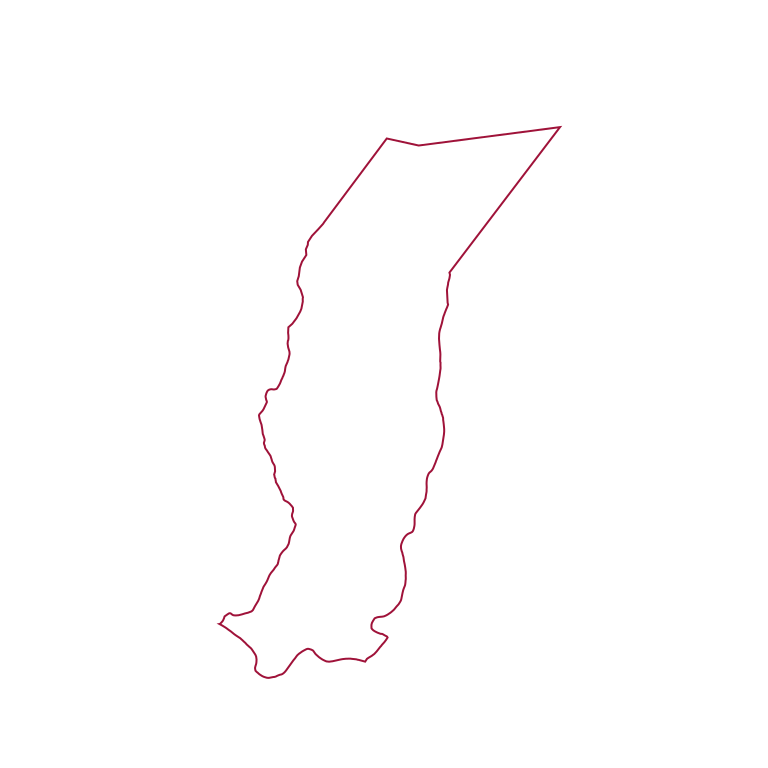 the district of Franciou, Soufrière, Saint Lucia, rotated 33°
{"feature_id": "8701671B52742071766833", "entity_name": "Franciou", "entity_type": "district", "adm_level": 2, "iso_a3": "LCA", "parent_name": "Saint Lucia", "parent_adm1": "Soufrière", "projection": "orthographic", "projection_center": [-61.054, 13.804], "detail": "fine", "context": "isolated", "style": "outline", "palette": "rose", "viewbox_px": 768, "rotation_deg": 33, "n_neighbors": 0, "source": "geoboundaries", "source_scale": "gbopen_adm2", "svg_char_len": 6164}
<svg xmlns="http://www.w3.org/2000/svg" viewBox="0 0 768 768"><g transform="rotate(33 384 384)"><path d="M252.6,176.6L245.7,280.8L245.7,282.8L244.6,289.8L242.9,299.0L242.9,306.3L244.3,308.8L245.1,313.6L248.6,318.1L248.6,326.0L250.0,332.1L253.8,340.0L255.2,345.0L257.6,347.8L262.8,350.4L268.8,355.4L269.4,356.8L271.0,359.1L273.7,365.8L274.3,368.9L274.8,376.5L274.3,383.5L272.9,388.5L275.7,393.3L277.5,395.5L279.0,397.7L279.8,399.3L279.9,400.2L281.2,402.7L283.7,405.5L287.1,408.4L288.3,410.0L288.7,410.8L289.0,411.6L290.5,415.6L290.8,417.2L291.1,418.1L291.8,422.5L292.5,424.3L294.0,427.5L294.5,429.2L294.8,430.9L295.1,431.8L295.1,432.6L295.6,435.1L295.6,436.0L296.2,438.8L296.5,440.3L296.7,443.6L296.7,444.6L296.7,446.2L296.3,447.0L295.8,447.5L295.0,448.3L294.3,448.8L292.7,449.5L291.9,450.1L291.3,450.7L290.8,451.3L290.3,452.3L290.1,453.1L290.1,454.0L290.4,455.9L290.9,457.5L291.2,458.5L291.7,459.3L293.0,460.6L293.8,461.4L295.2,462.4L295.7,463.2L296.7,470.7L296.7,472.6L296.0,477.2L296.2,478.3L297.3,479.6L298.0,480.3L298.6,481.0L301.4,483.3L303.0,484.5L303.6,485.0L307.1,488.9L309.2,491.5L309.9,492.2L310.7,492.7L313.4,494.9L314.1,495.5L314.6,496.3L315.4,498.9L316.0,499.5L316.6,500.1L317.4,500.5L318.6,501.8L319.3,502.4L320.0,502.8L321.7,503.4L324.1,504.5L326.6,505.5L328.1,506.2L329.5,507.4L330.9,508.5L331.6,509.2L333.1,510.3L333.9,510.7L336.2,511.8L337.0,512.4L337.6,513.0L338.2,513.8L338.7,514.5L340.2,516.5L341.2,519.8L341.8,520.3L343.0,521.6L343.7,522.2L344.5,522.5L345.1,523.3L346.3,524.5L346.8,525.2L350.9,527.2L355.7,530.0L356.4,530.6L357.9,531.7L361.0,533.6L361.6,534.2L362.1,534.9L362.7,535.5L363.6,535.7L364.5,535.8L367.1,535.5L368.0,535.5L369.8,535.7L371.6,536.2L373.4,536.7L375.1,537.4L375.6,538.2L376.7,539.7L377.1,540.5L377.8,543.2L378.2,543.9L378.6,544.8L379.2,545.4L382.5,547.9L383.9,548.7L385.7,549.3L386.4,549.8L386.8,550.7L387.2,552.4L387.4,553.3L387.7,554.2L388.1,555.9L388.2,556.7L388.2,561.6L388.3,562.6L388.8,564.3L390.5,568.3L391.1,570.0L391.4,573.0L391.5,573.8L391.3,575.4L390.6,578.0L390.3,579.5L390.1,582.0L390.1,584.0L390.2,584.9L390.5,585.7L391.4,588.5L391.6,589.3L392.3,590.9L392.5,591.8L392.9,592.5L393.0,593.9L392.8,595.5L392.7,596.4L392.6,597.3L392.6,599.8L392.1,604.0L392.1,606.4L392.3,608.1L392.5,609.0L393.1,612.3L393.3,614.0L393.4,616.2L393.4,619.6L394.5,625.3L394.9,626.7L395.4,629.3L396.2,632.0L396.6,634.5L396.8,640.7L397.2,644.9L397.0,645.9L396.7,646.9L395.0,649.2L394.5,649.9L392.4,652.1L390.5,654.4L388.0,657.1L385.8,658.8L384.2,659.7L383.4,660.0L382.5,660.1L380.6,659.9L379.7,660.1L379.0,660.7L378.2,662.4L377.5,664.2L376.9,665.7L377.1,666.6L377.4,667.5L377.8,670.1L377.7,671.5L377.2,674.4L376.7,674.9L379.3,674.7L382.9,674.6L384.7,674.6L387.4,674.8L390.2,674.9L394.7,675.4L397.2,675.5L402.0,675.5L403.6,675.8L404.5,675.9L407.0,676.4L407.8,676.5L408.9,676.7L410.6,677.2L413.8,677.7L414.7,677.9L415.5,677.9L416.3,678.1L417.1,678.3L419.5,679.3L423.6,681.1L424.3,681.6L425.2,682.2L427.1,684.4L428.4,686.6L428.8,687.4L429.2,688.3L429.9,690.8L430.2,691.6L430.5,692.4L431.1,693.1L431.9,694.0L432.5,694.5L434.4,694.9L435.3,694.9L436.1,695.1L437.8,695.3L440.6,695.3L442.4,695.1L444.3,694.6L445.9,694.1L447.5,693.2L450.8,690.0L451.4,689.6L452.6,688.3L453.0,687.5L453.9,686.1L455.0,684.6L456.1,683.5L456.6,682.8L457.0,681.9L457.3,681.1L457.7,679.4L457.9,677.6L458.5,665.0L458.8,662.5L458.9,660.0L459.0,659.1L459.1,658.2L459.4,657.4L459.6,656.5L460.0,655.6L461.0,653.0L461.8,651.4L463.2,648.9L463.7,648.2L464.3,647.6L465.0,647.2L465.9,646.9L467.6,646.4L469.3,646.2L470.0,646.3L473.5,647.7L474.4,647.9L478.2,648.5L480.7,648.6L482.5,648.6L485.1,648.3L486.8,648.0L488.4,647.2L489.2,646.8L490.6,645.6L491.9,644.5L497.8,638.5L499.2,637.2L501.9,635.0L504.9,633.0L505.7,632.5L506.6,632.1L510.5,630.1L511.3,629.8L512.1,629.6L512.9,629.2L519.4,627.1L519.4,623.8L519.7,623.0L520.6,621.0L521.1,620.1L521.9,618.4L522.2,617.5L522.9,615.7L523.5,612.3L524.0,606.7L524.3,605.0L524.3,604.1L524.9,600.4L525.1,597.6L525.1,594.7L524.2,594.2L523.4,594.2L521.7,594.4L519.1,594.5L518.3,594.7L517.6,595.2L516.7,595.5L513.9,596.1L511.0,596.4L509.1,596.4L507.3,596.0L506.5,595.6L505.0,593.4L504.6,592.7L504.3,591.8L504.0,590.9L503.8,588.5L503.8,585.6L504.3,584.8L505.4,583.3L506.7,582.1L508.3,580.8L509.0,580.3L510.5,578.9L511.6,577.3L512.6,575.5L514.0,572.2L514.3,571.3L514.8,569.6L515.3,567.7L515.7,563.8L516.0,562.0L516.2,560.9L516.2,558.4L516.1,556.7L515.9,555.7L515.6,554.8L513.4,549.3L512.4,546.5L511.9,544.5L511.4,541.9L511.1,540.9L510.3,539.2L509.0,536.8L508.5,535.7L507.0,533.5L506.5,532.8L505.5,531.1L504.5,529.6L501.7,526.3L499.5,523.9L497.1,521.5L495.8,520.0L495.2,519.3L494.5,518.5L492.5,516.8L491.0,515.3L490.1,514.7L489.4,514.1L488.0,512.8L486.9,511.3L486.4,510.5L485.7,508.7L485.0,505.4L484.7,502.9L484.8,500.3L485.1,498.6L485.6,497.0L486.4,495.6L487.4,494.2L488.2,492.7L488.3,491.8L488.2,490.8L488.0,489.9L487.8,489.1L486.8,486.5L486.0,484.9L484.0,481.8L483.5,481.1L482.2,478.8L481.2,476.5L481.0,475.6L481.0,474.7L481.6,468.3L481.8,464.0L481.7,461.8L481.1,457.3L480.7,456.5L479.5,453.9L478.5,451.5L478.0,450.5L477.5,449.8L476.1,447.4L475.6,446.7L475.1,446.0L473.9,444.3L473.0,442.8L471.7,440.3L471.1,438.7L470.6,436.8L470.3,435.0L470.3,434.3L470.4,433.3L470.7,432.5L471.1,430.9L471.2,429.2L471.1,427.9L469.9,421.4L469.6,420.4L469.1,417.8L468.6,415.6L467.6,410.4L467.1,406.8L466.9,405.7L465.9,402.9L461.9,394.0L460.5,391.3L459.0,389.0L458.3,388.1L456.0,385.2L454.5,383.4L453.1,381.8L452.5,380.9L451.9,380.1L450.5,379.0L449.9,378.4L448.6,377.6L447.9,376.8L446.4,375.7L444.4,373.8L443.0,372.7L440.0,371.0L438.6,369.8L437.0,368.8L434.9,366.2L432.3,362.4L431.6,360.9L431.1,359.1L429.8,355.7L427.1,349.1L426.1,346.8L423.8,342.0L423.1,340.4L422.2,339.0L421.7,338.3L421.2,337.6L419.7,335.2L419.1,334.8L418.6,334.1L418.1,333.3L417.2,331.8L415.2,328.5L413.8,326.6L412.1,324.6L409.3,321.1L405.5,316.1L404.0,313.6L402.7,311.4L402.0,309.8L401.1,307.3L400.9,306.4L399.5,301.7L397.3,295.7L396.8,293.8L396.7,293.0L396.3,291.5L395.4,287.1L395.2,285.6L394.5,282.5L393.1,281.2L385.6,270.9L384.7,268.8L383.5,265.7L382.6,264.0L381.3,259.7L379.9,256.5L378.2,254.9L391.7,72.7L283.2,165.1L252.6,176.6Z" fill="none" stroke="#9f1239" stroke-width="2"/></g></svg>